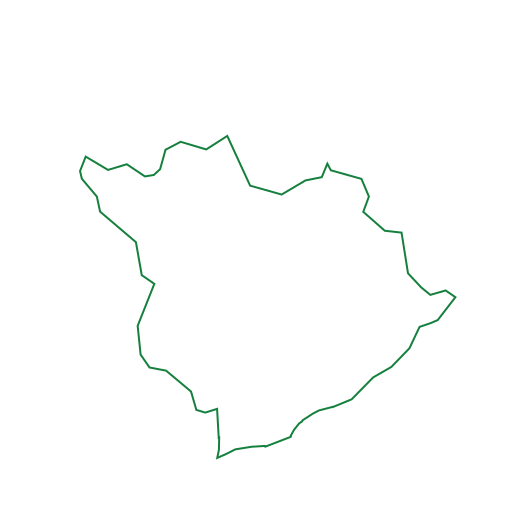 the border of Magherafelt, rotated 59°
{"feature_id": "GBR-2093", "entity_name": "Magherafelt", "entity_type": "District", "adm_level": 1, "iso_a3": "GBR", "parent_name": "United Kingdom", "parent_adm1": "", "projection": "mercator", "projection_center": [-6.651, 54.82], "detail": "fine", "context": "isolated", "style": "outline", "palette": "green", "viewbox_px": 512, "rotation_deg": 59, "n_neighbors": 0, "source": "natural_earth", "source_scale": "10m", "svg_char_len": 1015}
<svg xmlns="http://www.w3.org/2000/svg" viewBox="0 0 512 512"><g transform="rotate(59 256 256)"><path d="M110.8,319.5L130.6,310.2L133.9,301.9L132.2,293.5L118.3,278.8L119.3,261.8L139.0,243.8L138.3,218.8L192.7,224.8L216.5,202.4L216.7,174.7L222.3,159.0L213.6,147.3L221.1,147.7L244.2,125.9L263.2,128.6L273.4,141.3L300.7,132.6L310.9,119.2L349.1,134.6L367.9,130.6L379.1,126.6L383.2,111.2L394.0,106.3L404.5,133.2L403.4,141.3L401.0,152.3L414.1,172.0L420.8,197.1L420.4,218.1L428.1,247.8L425.0,268.2L424.6,268.4L424.6,268.7L420.8,281.6L420.4,288.6L420.8,300.8L421.5,301.5L421.7,305.2L424.6,313.0L428.0,318.8L428.3,318.8L428.9,319.5L424.2,346.2L423.4,346.2L417.3,357.9L411.1,373.3L410.3,384.1L409.1,393.2L402.9,387.5L392.7,381.1L392.6,381.6L391.7,381.1L367.0,368.1L364.1,380.1L357.2,386.4L338.7,381.5L308.0,392.1L296.7,404.7L281.1,405.7L254.9,393.4L227.5,357.5L213.6,363.8L182.3,351.8L137.7,366.8L123.1,361.8L100.1,365.5L92.6,363.1L83.1,350.8L106.0,338.5L110.8,319.5Z" fill="none" stroke="#15803d" stroke-width="2"/></g></svg>